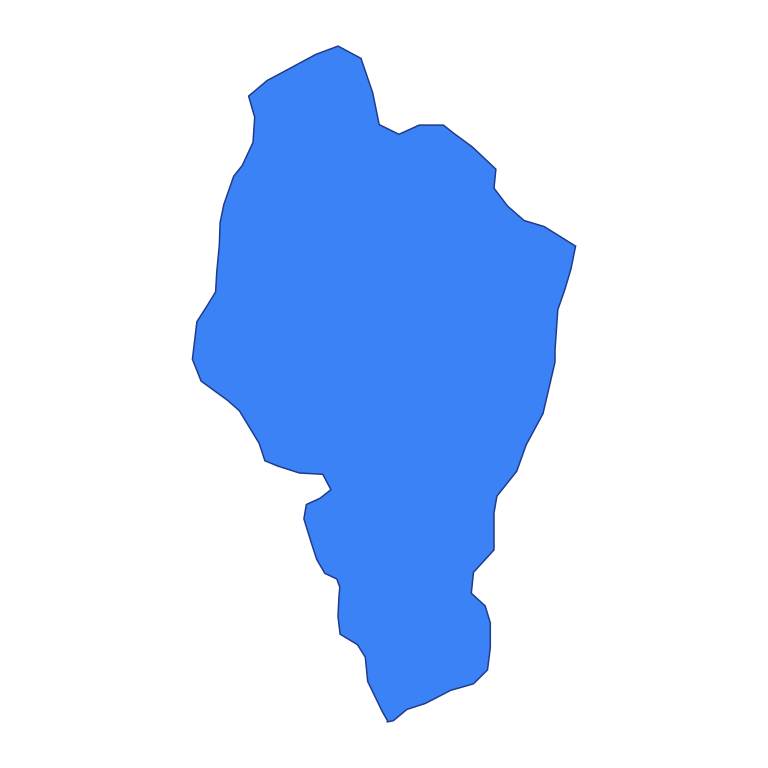 Mouttagiaka, Limassol, Cyprus
{"feature_id": "46923920B33909276887378", "entity_name": "Mouttagiaka", "entity_type": "district", "adm_level": 2, "iso_a3": "CYP", "parent_name": "Cyprus", "parent_adm1": "Limassol", "projection": "equal_earth", "projection_center": [33.106, 34.719], "detail": "fine", "context": "isolated", "style": "filled", "palette": "blue", "viewbox_px": 768, "rotation_deg": 0, "n_neighbors": 0, "source": "geoboundaries", "source_scale": "gbopen_adm2", "svg_char_len": 1157}
<svg xmlns="http://www.w3.org/2000/svg" viewBox="0 0 768 768"><path d="M387.3,721.9L393.3,720.7L406.9,709.4L425.6,703.3L450.5,690.4L473.4,683.8L474.8,682.5L487.5,669.9L490.3,647.7L490.3,622.8L485.2,606.0L471.3,593.2L473.5,572.3L494.0,549.9L494.0,513.0L496.9,496.1L516.7,471.3L526.2,444.8L543.0,413.6L555.0,362.1L555.0,361.6L555.0,350.3L557.8,309.7L564.8,289.7L570.9,269.2L575.6,246.1L575.3,246.0L544.2,226.6L524.0,220.5L507.6,206.1L494.0,188.2L495.9,169.2L472.5,147.1L452.3,132.2L443.4,125.1L438.9,125.1L419.1,125.1L398.9,134.3L379.2,124.6L372.7,92.8L361.0,58.4L338.0,46.1L316.0,54.3L272.8,77.5L267.3,80.4L248.6,96.1L253.1,111.8L254.7,117.1L253.0,142.4L242.3,165.4L233.7,176.2L229.6,187.9L223.8,204.6L220.1,222.6L219.3,245.2L216.7,272.6L215.6,291.9L206.9,306.1L196.9,321.7L192.4,359.2L201.1,381.1L228.0,400.7L239.4,410.8L259.2,443.4L264.9,460.8L277.8,466.1L299.4,473.0L322.8,474.3L330.9,489.7L320.1,498.2L306.3,504.5L303.9,518.9L311.1,542.2L316.8,559.6L324.9,573.4L336.8,579.0L339.8,587.2L338.9,597.1L338.0,616.5L340.1,634.2L357.5,644.7L365.3,657.2L367.7,681.5L382.5,712.0L387.3,720.4L387.3,721.9Z" fill="#3b82f6" stroke="#1e3a8a" stroke-width="1.5"/></svg>